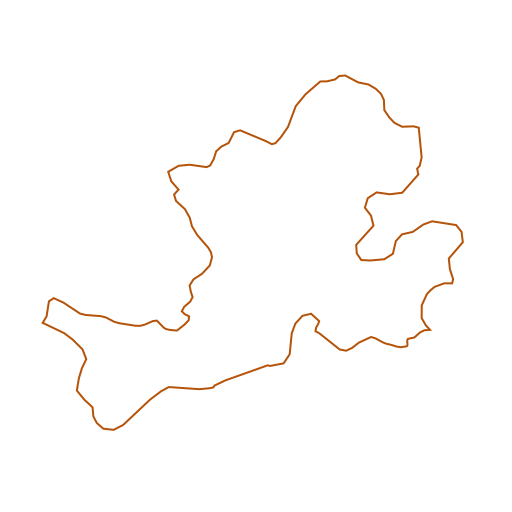 an SVG outline of Balé, rotated 97°
{"feature_id": "BFA-2803", "entity_name": "Balé", "entity_type": "Province", "adm_level": 1, "iso_a3": "BFA", "parent_name": "Burkina Faso", "parent_adm1": "", "projection": "equal_earth", "projection_center": [-3.038, 11.667], "detail": "fine", "context": "isolated", "style": "outline", "palette": "amber", "viewbox_px": 512, "rotation_deg": 97, "n_neighbors": 0, "source": "natural_earth", "source_scale": "10m", "svg_char_len": 2191}
<svg xmlns="http://www.w3.org/2000/svg" viewBox="0 0 512 512"><g transform="rotate(97 256 256)"><path d="M308.1,74.3L309.2,79.8L311.8,83.8L317.6,88.9L319.3,93.9L320.0,95.3L321.5,95.6L325.9,94.8L327.2,95.3L328.9,101.2L328.7,105.8L327.8,110.4L327.2,116.0L326.4,119.2L323.1,127.6L322.4,132.0L329.5,143.4L335.5,149.4L339.0,154.9L338.6,161.5L325.0,183.7L323.4,187.8L319.7,187.6L315.6,185.9L312.9,185.4L306.6,194.3L309.7,202.6L318.3,208.7L328.4,211.1L349.4,210.6L359.2,215.5L363.4,228.6L363.1,231.1L383.2,271.3L389.6,281.3L391.7,282.5L392.9,286.0L395.1,296.0L396.7,326.6L401.7,333.6L411.5,343.7L439.8,367.2L445.9,376.1L446.0,386.5L441.2,393.6L435.2,397.8L426.1,399.8L419.6,408.8L411.4,417.4L399.0,416.9L388.5,415.1L379.1,411.9L369.8,416.8L361.3,427.8L356.0,436.9L349.8,455.2L348.4,459.6L341.5,456.5L326.2,456.0L322.5,451.6L325.7,441.5L329.4,434.1L334.6,423.6L335.3,418.0L334.6,402.7L335.3,397.4L338.6,388.6L339.4,383.4L339.9,367.1L339.4,362.3L337.6,357.9L333.2,350.5L332.2,346.5L338.0,339.3L339.4,336.9L339.9,332.4L339.6,325.3L332.8,318.6L328.0,315.0L324.0,315.1L322.4,319.7L319.9,322.9L315.2,321.1L309.4,315.8L304.5,313.9L299.8,316.2L293.3,318.3L286.8,315.2L280.2,307.4L271.0,300.7L262.5,299.5L257.6,301.3L253.5,304.5L242.2,317.0L234.3,323.2L226.1,326.4L218.2,332.2L211.1,342.1L205.0,344.8L199.5,341.0L192.2,349.2L183.1,353.4L175.9,343.8L173.5,333.0L173.8,315.8L171.7,312.5L165.0,309.8L157.0,308.3L151.8,303.9L147.1,296.9L135.8,292.9L133.2,287.1L140.8,260.1L143.1,253.9L141.6,250.4L135.4,246.0L124.1,240.0L102.4,234.8L89.5,226.6L74.9,213.4L74.1,207.2L71.2,199.2L67.2,195.2L66.0,189.5L71.2,175.8L72.1,165.2L75.4,157.6L79.7,151.8L85.5,148.1L95.6,146.4L102.3,140.5L107.0,134.8L109.9,126.7L108.1,115.5L108.8,110.1L138.0,103.6L146.5,104.5L149.7,106.7L155.3,104.8L175.4,118.6L178.4,130.7L178.2,144.1L185.0,152.1L194.8,153.8L201.9,146.8L211.6,143.1L232.7,157.9L241.1,156.3L247.2,151.0L246.5,141.9L243.6,128.3L237.1,120.4L224.1,119.0L216.7,113.7L213.0,103.4L204.4,93.8L200.1,85.4L200.9,61.1L207.0,54.9L217.1,52.4L235.0,64.3L245.3,62.0L255.0,57.5L259.2,58.0L260.2,65.9L264.9,75.0L268.6,78.5L272.7,81.6L284.8,85.5L297.4,84.0L304.1,79.0L308.1,74.3Z" fill="none" stroke="#b45309" stroke-width="2"/></g></svg>